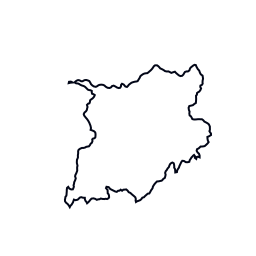 Açucena, Minas Gerais, Brazil (Robinson projection), rotated 151°
{"feature_id": "56859067B35065723034456", "entity_name": "Açucena", "entity_type": "district", "adm_level": 2, "iso_a3": "BRA", "parent_name": "Brazil", "parent_adm1": "Minas Gerais", "projection": "robinson", "projection_center": [-42.437, -19.076], "detail": "fine", "context": "isolated", "style": "outline", "palette": "ink", "viewbox_px": 256, "rotation_deg": 151, "n_neighbors": 0, "source": "geoboundaries", "source_scale": "gbopen_adm2", "svg_char_len": 4716}
<svg xmlns="http://www.w3.org/2000/svg" viewBox="0 0 256 256"><g transform="rotate(151 128 128)"><path d="M156.9,59.4L155.6,59.5L154.0,59.2L152.3,59.0L150.9,59.3L149.2,60.1L147.6,59.7L146.2,60.2L144.8,60.5L142.6,61.0L141.1,60.4L139.4,61.4L137.9,62.4L136.7,62.9L135.5,63.6L134.7,64.6L133.7,65.2L132.2,66.0L130.3,66.7L128.6,67.2L126.8,66.4L125.3,66.0L124.1,65.6L122.9,65.9L121.7,66.4L120.0,66.5L118.6,67.9L117.7,69.0L117.3,70.7L116.0,71.9L114.4,72.5L113.0,73.4L111.2,74.0L109.9,75.2L108.5,76.1L106.9,76.4L105.8,76.2L105.1,74.9L105.6,73.3L106.1,72.1L106.8,71.0L106.8,69.2L107.4,67.8L108.2,66.2L106.6,65.7L105.5,67.1L104.2,67.9L102.6,68.7L101.5,69.8L100.2,70.7L99.1,71.5L97.8,72.4L96.4,73.0L95.0,72.0L94.0,70.1L92.3,69.1L90.8,68.7L89.5,70.0L87.9,70.8L86.7,71.5L85.5,71.8L84.5,72.2L83.3,72.4L83.1,70.8L84.0,69.5L83.3,67.9L82.0,69.3L80.7,69.0L79.6,67.6L78.7,69.2L78.4,71.1L79.0,73.0L79.0,74.8L77.9,76.0L76.2,75.9L74.9,76.2L73.5,76.6L71.6,75.6L69.7,75.0L67.8,75.4L65.9,75.9L64.3,76.6L64.3,78.1L63.7,80.0L62.9,81.7L61.3,81.5L58.8,81.6L58.1,83.0L58.3,84.4L58.3,85.8L57.3,86.6L56.7,87.7L55.7,89.6L55.5,91.9L56.1,93.5L57.1,95.1L58.1,96.6L58.4,98.3L59.1,99.8L60.5,100.6L62.6,101.8L64.3,102.5L66.1,103.4L67.4,104.6L67.3,106.3L67.3,107.7L68.0,109.1L67.3,111.0L66.2,112.5L66.0,114.2L65.2,116.3L63.7,117.5L62.0,117.0L60.2,116.5L58.3,116.9L56.5,117.0L55.5,118.5L54.3,120.4L53.5,122.0L52.8,123.3L51.6,123.7L50.7,125.1L49.5,125.3L48.0,125.3L46.4,126.0L44.9,127.2L44.9,128.9L44.1,130.0L42.4,129.9L41.2,130.6L40.7,131.8L39.8,133.2L38.5,134.7L37.9,136.2L37.4,137.7L38.3,139.6L38.3,141.4L37.9,143.7L38.4,145.7L38.4,147.2L38.4,148.6L38.2,150.2L39.2,151.0L40.7,151.0L42.5,150.7L44.1,150.4L45.2,149.7L46.4,148.6L48.2,148.4L49.3,149.1L51.0,149.4L52.4,148.7L53.6,147.9L55.3,147.4L57.0,148.0L58.0,149.4L58.7,151.2L59.3,152.8L59.7,154.5L61.6,154.9L63.4,155.2L64.4,156.8L65.2,157.9L66.8,158.7L68.1,159.9L68.7,161.3L69.7,162.9L70.9,164.5L71.2,166.1L71.6,167.5L72.2,168.7L73.9,169.7L75.4,169.5L76.7,168.8L78.1,168.1L80.2,167.4L81.8,167.1L83.0,166.8L84.5,166.6L85.6,167.1L87.3,167.7L89.0,167.8L90.8,167.6L92.1,167.3L93.5,166.2L95.5,165.1L96.9,164.3L98.1,164.6L99.6,165.2L101.2,165.6L103.0,165.9L104.5,165.7L106.3,165.4L107.6,164.8L109.0,164.4L110.2,165.6L110.7,168.1L111.8,169.6L113.1,169.1L114.1,167.7L115.5,167.0L116.7,167.4L117.9,168.6L118.9,170.4L120.0,172.0L121.7,172.4L123.0,171.8L124.7,171.9L126.4,173.1L127.5,175.0L128.0,176.6L128.9,177.8L130.4,178.9L132.2,179.6L133.3,179.7L134.6,179.5L136.2,179.6L137.8,181.0L138.6,182.6L139.1,184.3L139.0,186.0L139.1,187.8L140.1,189.1L141.2,190.2L142.4,190.8L143.8,191.0L145.0,190.9L146.2,191.5L147.3,193.2L148.4,194.1L149.6,194.3L151.1,194.2L152.6,193.8L151.8,192.3L150.1,191.1L149.3,190.0L148.7,188.8L147.7,187.5L146.4,186.2L145.6,184.8L145.0,182.8L144.5,181.0L143.6,180.0L142.5,179.2L141.7,178.0L142.4,176.8L142.8,175.4L141.8,174.3L141.1,172.9L142.5,171.8L143.8,171.3L144.8,171.0L146.2,170.9L147.7,170.6L148.7,169.2L149.8,168.3L151.0,168.6L152.7,168.1L153.2,166.0L154.4,164.8L155.2,163.8L156.6,163.0L158.6,162.6L160.0,161.6L160.3,160.1L159.9,157.6L159.5,155.7L159.3,153.7L159.3,151.4L159.5,149.9L159.7,148.2L160.4,145.9L161.6,144.5L160.3,143.0L159.2,141.5L158.8,140.0L159.3,138.5L160.3,136.8L161.2,135.6L162.3,135.3L163.7,135.7L164.8,135.4L165.4,133.8L166.8,132.6L168.2,132.4L169.4,131.6L171.0,130.9L172.5,131.4L173.7,131.8L174.8,131.7L176.5,132.1L177.9,132.9L179.9,133.1L181.7,132.9L182.8,132.0L183.8,130.1L185.1,128.4L186.0,126.6L187.0,125.7L188.0,125.0L188.9,123.6L189.7,122.2L190.1,120.7L190.5,119.4L191.4,118.5L192.3,116.9L193.1,115.3L194.0,114.5L195.3,113.4L196.7,112.5L197.7,111.4L198.1,109.3L199.6,107.9L201.3,106.7L202.3,105.3L203.4,104.3L203.8,102.9L204.8,102.0L206.0,101.1L207.5,101.8L208.7,103.5L208.8,105.5L210.3,105.2L211.4,103.8L212.2,102.4L213.2,100.9L213.9,99.8L214.7,98.7L216.1,98.1L217.0,96.9L217.9,95.9L218.6,94.4L218.4,92.7L217.6,90.7L217.3,88.7L217.3,87.0L215.8,88.0L214.5,88.3L213.5,88.9L212.2,89.6L210.9,90.8L210.0,91.6L208.9,90.3L206.8,89.7L205.2,90.1L204.0,90.5L202.5,90.2L201.1,88.8L199.6,87.9L200.3,86.5L200.5,84.9L200.2,83.4L200.3,82.0L198.4,82.4L197.0,82.9L195.6,83.5L194.1,83.9L192.3,83.2L191.0,81.9L190.1,80.3L188.8,80.1L187.4,79.5L186.0,79.5L184.7,78.3L183.1,77.3L182.0,77.0L180.7,76.0L179.1,76.0L178.1,76.6L177.4,78.1L177.1,79.4L177.4,80.7L176.7,82.1L175.9,83.7L176.4,86.1L175.3,87.0L173.6,85.7L173.1,83.3L172.2,81.9L171.1,80.3L170.0,78.7L168.8,77.6L167.0,77.9L165.8,77.3L164.3,77.6L163.6,76.0L162.0,76.3L160.7,75.7L159.3,75.1L158.7,73.4L158.5,71.5L157.4,70.1L156.9,68.5L156.3,66.9L155.7,65.4L155.2,63.8L155.6,62.1L156.5,60.9L156.9,59.4ZM158.1,196.0L156.3,195.5L154.3,194.6L155.5,196.3L157.2,197.0L158.1,196.0Z" fill="none" stroke="#020617" stroke-width="2"/></g></svg>